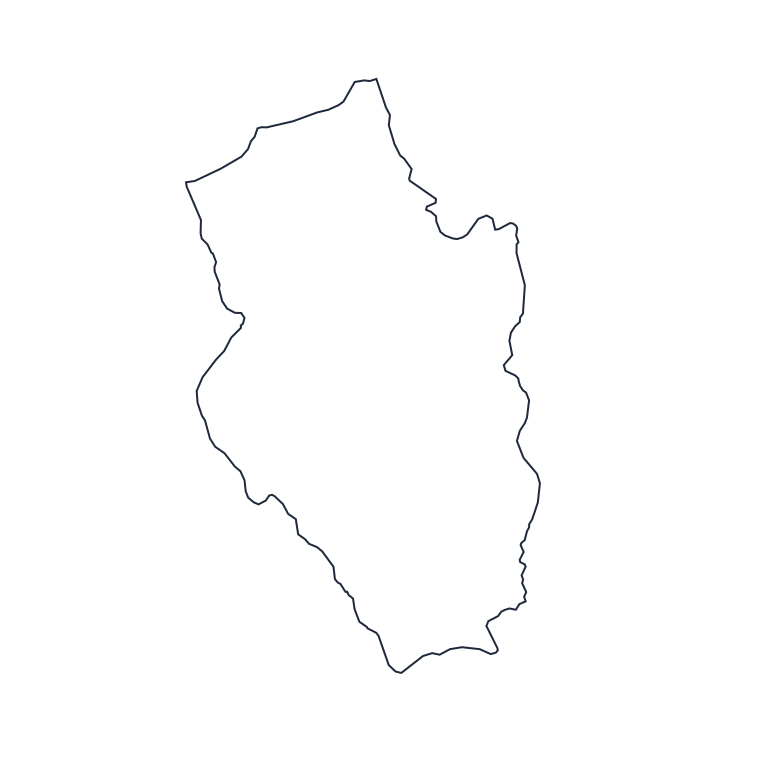 outline of San Luis Jilotepeque, Jalapa, Guatemala, rotated 338°
{"feature_id": "79465075B90526341743732", "entity_name": "San Luis Jilotepeque", "entity_type": "district", "adm_level": 2, "iso_a3": "GTM", "parent_name": "Guatemala", "parent_adm1": "Jalapa", "projection": "orthographic", "projection_center": [-89.711, 14.649], "detail": "fine", "context": "isolated", "style": "outline", "palette": "slate", "viewbox_px": 768, "rotation_deg": 338, "n_neighbors": 0, "source": "geoboundaries", "source_scale": "gbopen_adm2", "svg_char_len": 2392}
<svg xmlns="http://www.w3.org/2000/svg" viewBox="0 0 768 768"><g transform="rotate(338 384 384)"><path d="M362.5,99.6L356.7,106.3L351.5,109.1L346.0,115.2L337.0,119.8L313.2,123.2L284.6,124.9L276.0,122.8L275.0,127.1L275.7,163.4L270.4,175.6L269.5,180.9L272.7,188.7L273.1,197.5L274.2,199.0L274.0,208.1L270.6,212.1L269.1,216.4L268.9,230.1L266.7,233.9L265.0,246.6L266.8,255.4L272.4,262.1L278.2,264.7L279.4,270.5L275.8,275.3L273.1,276.1L272.5,278.3L259.8,283.7L248.2,293.5L237.2,298.6L218.4,309.7L207.7,320.3L204.1,331.6L203.3,345.2L204.4,350.7L202.2,369.5L204.0,379.0L210.2,388.5L214.8,404.7L218.2,411.1L218.6,421.0L215.6,431.6L215.5,438.4L218.9,444.9L222.6,448.6L230.8,447.8L235.7,444.4L238.7,444.8L240.6,447.1L245.3,457.5L246.5,468.7L251.6,476.2L248.1,491.3L252.5,498.0L254.7,504.2L260.6,509.9L264.0,516.0L268.7,534.6L265.4,546.5L266.8,550.8L268.7,553.0L270.0,560.2L270.5,562.4L272.0,562.8L272.2,566.5L274.9,571.3L272.4,581.6L272.1,595.2L277.1,602.9L277.2,604.4L283.6,611.8L284.6,615.5L283.1,646.4L287.0,654.9L291.8,658.4L318.2,650.8L327.9,651.6L334.1,655.8L345.9,654.6L357.6,657.2L373.4,665.7L381.8,674.4L387.0,675.0L389.7,673.6L390.2,671.5L388.3,646.7L391.9,643.0L402.9,641.9L407.3,639.1L411.0,638.7L416.2,639.1L421.7,642.7L427.1,638.8L433.9,638.6L434.2,633.8L437.9,630.2L437.5,620.4L439.7,617.5L439.9,613.0L446.9,606.4L447.0,604.1L443.6,600.2L443.9,597.9L450.6,592.0L450.3,584.6L451.7,582.9L456.0,581.4L461.4,574.1L464.9,571.2L466.0,568.5L470.8,564.9L482.3,551.4L491.4,534.4L492.2,524.6L485.7,504.8L485.9,486.6L492.4,478.3L499.8,473.1L503.9,468.8L512.4,453.5L512.5,445.1L510.5,442.0L509.4,436.9L510.0,431.6L510.6,429.1L508.8,425.1L501.6,417.4L502.1,411.4L513.7,405.3L516.5,390.8L520.9,384.0L527.0,379.7L533.1,377.4L535.3,373.1L539.3,370.7L541.0,367.0L551.6,345.2L555.9,312.3L559.3,304.2L561.8,302.9L561.9,300.7L562.1,295.9L565.8,289.7L565.7,286.7L563.7,283.5L561.2,282.0L548.5,283.4L544.9,282.6L546.5,271.3L542.3,266.2L533.3,266.2L517.2,276.5L512.0,277.5L506.0,277.0L502.3,274.8L496.2,269.2L493.3,264.1L493.4,252.8L495.1,248.0L492.1,242.0L488.3,238.3L490.2,235.6L499.8,235.3L501.5,231.9L484.0,205.1L484.3,202.9L490.1,195.1L487.1,182.6L484.6,178.2L483.6,165.4L485.4,145.9L490.3,136.8L489.4,128.5L491.2,98.3L484.4,97.8L479.4,95.1L470.0,93.0L452.2,107.0L446.4,108.4L435.1,108.9L424.1,107.2L397.9,106.3L371.3,102.1L366.6,100.0L362.5,99.6Z" fill="none" stroke="#1e293b" stroke-width="2"/></g></svg>